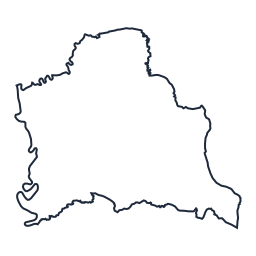 Ban Sang, Prachin Buri, Thailand
{"feature_id": "78962969B49210978895600", "entity_name": "Ban Sang", "entity_type": "district", "adm_level": 2, "iso_a3": "THA", "parent_name": "Thailand", "parent_adm1": "Prachin Buri", "projection": "mercator", "projection_center": [101.25, 13.956], "detail": "fine", "context": "isolated", "style": "outline", "palette": "slate", "viewbox_px": 256, "rotation_deg": 0, "n_neighbors": 0, "source": "geoboundaries", "source_scale": "gbopen_adm2", "svg_char_len": 5665}
<svg xmlns="http://www.w3.org/2000/svg" viewBox="0 0 256 256"><path d="M143.8,35.4L143.4,34.7L144.3,34.4L143.6,33.4L142.9,33.8L142.3,32.6L141.6,32.2L141.8,30.8L141.3,30.3L131.9,28.4L129.8,28.7L126.3,28.2L119.6,29.6L117.7,29.6L115.5,30.4L108.9,31.6L108.4,32.3L100.4,33.7L100.0,33.5L98.1,34.8L99.2,35.3L99.5,36.9L97.0,38.1L95.8,36.5L94.6,37.2L93.0,36.7L92.0,36.7L90.7,35.3L88.9,35.7L85.1,34.3L84.5,35.1L84.1,37.2L82.0,39.9L80.3,41.1L79.6,43.2L77.6,43.8L75.6,43.1L74.5,44.1L74.7,46.0L75.7,47.3L75.7,48.3L75.0,49.3L73.6,50.4L73.2,51.1L72.7,53.7L72.9,55.2L72.5,56.1L71.9,56.9L70.1,58.1L69.5,59.3L70.3,61.0L71.8,62.1L72.4,62.8L72.7,63.7L72.6,64.3L71.4,64.9L70.8,64.9L69.3,64.0L68.3,62.8L67.1,63.4L66.4,64.1L66.6,65.1L68.1,67.1L68.7,70.1L69.7,71.8L69.7,73.0L69.3,73.7L68.6,73.9L66.8,72.6L65.9,72.3L62.7,73.3L60.1,74.8L56.5,75.4L52.2,75.2L52.1,75.7L52.8,78.2L52.1,79.4L51.4,79.8L50.1,79.2L49.2,77.2L48.2,75.9L47.2,75.7L45.2,78.7L45.2,79.4L45.9,81.5L45.4,82.6L44.5,82.8L43.9,82.5L42.3,78.9L41.6,78.5L40.6,78.6L39.7,79.5L39.3,80.9L39.5,81.8L41.0,84.0L41.1,84.6L40.8,85.0L39.7,85.0L37.7,84.1L35.6,84.8L34.7,84.8L33.9,84.2L32.6,82.7L32.2,82.6L31.8,84.7L30.9,85.9L26.1,88.1L23.4,90.1L22.3,89.8L21.3,88.8L21.2,87.6L21.5,85.1L21.1,84.4L20.3,84.2L19.0,84.5L16.6,85.5L17.1,86.4L17.7,90.0L18.2,98.0L19.7,103.6L20.7,111.3L20.4,112.5L19.3,113.7L18.0,114.3L15.8,114.8L15.4,115.8L15.4,117.1L16.6,118.8L18.7,120.8L21.1,121.6L24.3,121.8L25.4,122.8L25.4,126.5L25.7,127.6L26.3,128.8L28.1,131.0L29.1,132.9L31.0,139.1L31.4,144.9L31.0,146.5L29.5,148.5L28.9,149.8L28.8,150.7L29.1,151.4L30.2,152.3L31.1,152.3L32.0,151.8L33.3,150.6L34.4,148.8L35.1,148.2L36.2,148.3L36.8,149.5L36.1,153.5L36.9,156.2L36.9,157.0L29.9,166.1L29.0,168.6L29.0,169.7L29.7,173.8L28.9,175.8L28.8,176.9L29.4,178.3L32.0,181.7L32.0,183.0L31.1,184.0L30.2,184.4L27.3,183.6L24.9,183.6L23.5,184.6L22.9,186.9L23.7,188.9L25.0,190.5L25.9,191.1L27.3,191.1L29.9,189.7L31.1,188.8L34.9,184.1L36.3,184.0L37.0,184.3L37.4,184.8L37.9,186.5L37.9,188.5L37.4,190.3L31.2,198.1L29.1,199.7L27.6,199.8L26.7,199.2L24.6,196.8L22.1,192.6L21.1,192.0L19.5,192.1L18.1,193.3L17.4,194.5L17.1,196.0L17.3,198.1L18.3,201.1L20.9,206.0L22.4,207.6L23.3,208.4L27.4,210.3L31.6,212.8L35.9,213.9L36.8,214.9L36.8,217.2L36.0,218.8L35.4,219.4L33.6,220.4L25.8,222.3L25.3,222.6L24.8,223.6L24.9,224.5L25.6,225.3L27.0,225.8L28.5,225.8L30.3,225.4L34.3,223.9L36.4,223.8L37.7,224.3L39.9,221.4L40.1,220.7L41.2,220.2L41.5,219.3L42.3,219.4L42.8,219.0L44.4,219.3L45.5,218.7L46.7,219.9L47.5,219.5L48.8,219.7L49.7,219.2L50.0,218.5L49.8,218.0L50.3,217.6L49.6,216.4L49.6,216.0L50.8,216.2L51.7,215.9L53.1,216.8L55.4,216.8L55.9,216.5L56.3,215.5L56.9,215.2L58.2,215.2L59.1,212.8L61.0,211.9L62.0,211.0L62.2,209.3L62.6,208.7L63.9,208.7L64.9,207.8L67.6,207.2L67.8,206.7L67.0,205.8L67.4,204.6L68.6,204.3L70.8,204.5L71.2,204.3L71.8,204.5L73.0,204.0L73.2,203.4L72.4,202.7L72.4,202.3L73.3,200.8L77.0,200.4L79.3,201.4L80.2,200.7L80.6,201.1L80.8,202.1L82.0,202.8L82.9,202.3L83.3,202.7L83.9,202.4L84.6,202.7L85.1,202.0L88.5,202.6L90.0,201.9L90.8,202.6L92.8,201.7L92.9,201.4L92.4,200.7L92.5,199.7L93.5,198.8L93.2,197.4L93.7,196.3L93.5,195.8L92.7,195.6L92.2,195.0L91.3,193.2L91.6,193.2L93.2,193.5L95.3,193.3L98.5,195.0L101.8,195.7L104.4,196.7L109.7,199.6L111.9,201.1L114.0,202.9L114.3,203.3L114.0,203.8L115.0,205.4L114.7,206.7L114.0,208.2L114.7,210.7L117.6,212.2L119.4,210.2L122.3,209.8L124.1,208.6L126.6,209.0L128.6,208.5L130.3,206.8L131.9,204.4L134.5,203.6L135.8,202.5L137.3,202.4L139.4,203.1L143.8,200.4L145.7,201.2L147.0,202.8L149.1,203.1L150.5,202.5L151.1,202.9L151.0,204.0L151.2,204.5L155.0,205.5L157.2,206.7L159.1,205.9L160.1,207.3L160.6,207.2L161.2,206.1L161.8,205.9L163.3,206.1L163.5,206.9L164.1,206.9L164.6,206.4L165.0,205.0L166.8,204.5L168.0,203.8L171.4,204.6L174.9,206.3L178.1,210.0L179.6,210.6L184.6,210.8L188.2,211.3L193.1,211.4L194.0,211.1L196.1,208.4L196.5,208.8L197.0,210.3L195.9,213.0L196.5,214.4L196.3,216.8L198.4,217.9L199.4,217.9L202.1,218.8L203.4,217.3L205.5,211.8L206.8,209.6L208.7,208.6L210.1,208.9L211.1,208.6L212.2,210.3L213.3,210.7L214.1,211.4L214.3,212.9L214.8,213.8L214.4,214.4L216.7,215.4L218.7,218.4L222.2,218.3L225.8,222.2L231.6,224.7L237.0,227.8L237.6,220.6L238.1,217.9L237.6,214.1L237.4,210.6L238.5,207.2L238.7,204.8L239.8,204.0L239.5,203.0L240.2,202.1L240.5,201.2L240.4,199.3L240.6,198.2L240.0,197.6L239.6,196.2L237.3,194.5L234.7,193.3L231.7,189.4L230.8,188.7L226.2,186.7L221.4,185.7L216.5,182.8L212.7,178.2L210.5,173.5L208.1,166.4L207.6,162.5L204.8,153.8L204.7,152.7L205.6,151.9L205.9,151.3L205.1,148.6L205.0,143.7L205.6,137.8L206.8,135.1L207.3,132.9L209.9,129.7L210.4,128.5L210.1,125.2L210.4,123.8L209.2,119.6L208.7,119.0L206.2,117.6L204.9,114.9L204.7,113.7L205.2,110.8L205.0,110.0L202.2,105.9L201.7,105.6L201.3,105.8L199.9,107.7L192.8,109.1L187.9,108.3L185.9,107.0L183.5,108.3L181.8,106.8L178.1,106.2L177.3,105.1L176.8,102.9L175.3,100.1L175.6,97.4L174.1,96.5L175.1,95.2L173.5,93.1L174.5,91.7L174.0,89.0L171.8,84.8L169.6,83.1L166.9,78.8L164.3,77.1L158.7,75.1L156.4,74.9L151.6,75.6L149.5,75.6L149.5,74.5L148.7,73.9L148.6,73.5L150.3,73.5L150.5,73.0L150.1,72.6L148.7,72.5L148.7,72.2L150.3,70.4L150.3,70.0L150.2,69.7L148.1,70.8L147.4,70.7L147.4,69.2L148.4,67.6L147.3,66.9L148.0,65.6L145.4,63.6L145.5,63.2L146.0,63.0L148.0,63.2L148.1,61.8L148.6,60.1L148.0,59.0L148.0,58.4L148.6,57.2L150.5,56.2L150.3,53.2L148.6,51.9L148.0,50.9L149.3,48.7L149.2,46.8L148.8,46.5L147.7,46.9L147.3,46.7L147.2,44.0L146.9,43.2L147.0,42.7L148.3,42.3L148.7,40.8L146.8,40.7L146.5,40.5L147.0,39.7L148.8,38.9L148.5,38.6L147.9,38.7L147.3,37.3L146.7,37.2L146.5,35.9L145.4,35.8L144.9,36.2L144.7,35.9L143.5,36.5L143.0,36.3L143.0,36.0L143.8,35.4Z" fill="none" stroke="#1e293b" stroke-width="2"/></svg>